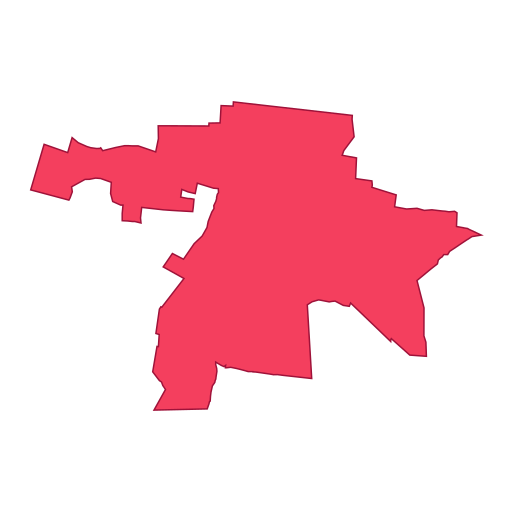 outline of Sanahcat, Yucatán, Mexico
{"feature_id": "50627088B45339829502466", "entity_name": "Sanahcat", "entity_type": "district", "adm_level": 2, "iso_a3": "MEX", "parent_name": "Mexico", "parent_adm1": "Yucatán", "projection": "robinson", "projection_center": [-89.213, 20.761], "detail": "fine", "context": "isolated", "style": "filled", "palette": "rose", "viewbox_px": 512, "rotation_deg": 0, "n_neighbors": 0, "source": "geoboundaries", "source_scale": "gbopen_adm2", "svg_char_len": 2444}
<svg xmlns="http://www.w3.org/2000/svg" viewBox="0 0 512 512"><path d="M481.3,235.1L476.4,232.8L468.9,229.3L467.6,228.5L463.4,227.8L463.3,227.7L463.2,227.7L456.5,226.5L457.0,212.8L454.6,211.3L448.9,211.8L445.1,211.2L442.3,211.0L431.9,209.8L424.3,210.4L417.0,208.3L406.6,209.0L394.6,206.8L396.2,194.9L382.4,190.6L371.9,187.3L372.3,185.1L371.9,180.9L355.6,178.6L356.5,157.9L342.2,155.3L343.8,150.6L354.1,136.8L352.1,119.6L352.1,119.2L352.1,118.8L352.3,115.4L233.4,101.9L233.1,106.1L221.1,105.6L220.1,122.9L209.0,123.1L208.8,126.0L167.5,125.8L158.2,125.8L158.4,138.7L155.7,151.9L138.2,145.9L132.2,145.9L128.7,145.7L124.5,145.7L115.6,147.5L102.7,150.7L100.7,147.8L99.8,148.4L96.5,148.5L90.7,147.7L86.8,146.5L78.2,142.7L72.1,137.6L67.7,152.6L44.1,144.3L30.7,189.9L68.9,200.1L70.1,197.8L72.3,191.8L71.6,186.8L85.0,179.4L89.4,179.3L95.6,178.1L100.6,178.5L111.3,182.3L110.6,193.5L112.7,201.5L116.0,203.0L120.7,205.1L123.0,205.1L122.2,213.4L122.2,220.7L127.9,221.0L132.3,221.5L134.8,221.5L141.0,223.0L140.5,217.9L141.7,207.4L163.2,209.8L171.7,210.4L178.3,210.8L192.7,211.6L193.3,206.9L194.0,199.2L190.4,198.6L187.9,198.5L180.7,197.1L181.8,189.4L188.0,191.9L195.2,193.6L197.3,183.2L213.5,188.2L218.3,188.6L218.5,192.6L217.3,194.3L216.6,197.3L216.6,198.6L215.8,201.4L213.8,205.6L214.0,208.5L211.8,212.1L208.2,221.4L207.0,227.5L202.2,236.0L194.2,243.6L183.5,259.2L172.4,253.5L163.2,266.9L184.0,278.5L161.8,307.2L160.9,306.8L159.4,309.1L155.9,333.5L159.2,334.5L158.4,346.6L157.0,346.4L152.7,371.8L159.4,380.6L161.5,382.0L162.8,385.5L165.5,389.5L154.0,410.1L207.2,408.9L208.9,404.1L209.5,401.6L210.2,401.1L210.5,396.2L211.0,392.1L212.4,385.9L214.8,382.4L215.2,380.4L215.8,379.1L216.0,377.2L216.9,371.4L216.7,368.4L215.7,364.6L215.7,362.1L221.3,365.4L224.0,366.6L225.6,365.4L225.4,367.8L225.9,367.8L226.1,367.8L226.3,367.8L230.5,367.3L231.8,367.5L236.6,368.5L239.9,369.3L244.8,370.6L248.2,371.6L253.0,371.6L253.0,371.9L255.4,372.0L257.0,372.2L270.2,374.1L273.5,374.7L277.4,374.6L283.5,375.4L311.7,378.5L307.3,304.8L312.0,301.8L318.5,299.9L320.6,300.2L329.2,301.9L332.0,301.4L335.1,301.1L343.3,305.4L349.3,306.3L350.6,303.0L364.9,316.7L390.7,341.5L390.8,339.5L391.3,338.6L409.8,355.1L426.4,356.3L425.9,342.2L423.9,335.8L424.0,307.9L417.0,280.5L430.5,269.3L437.4,263.9L438.3,260.0L440.5,257.9L442.2,256.8L443.7,254.6L447.7,254.6L449.6,251.4L467.2,239.6L467.3,239.6L468.0,239.2L471.9,236.6L481.3,235.1Z" fill="#f43f5e" stroke="#9f1239" stroke-width="1.5"/></svg>